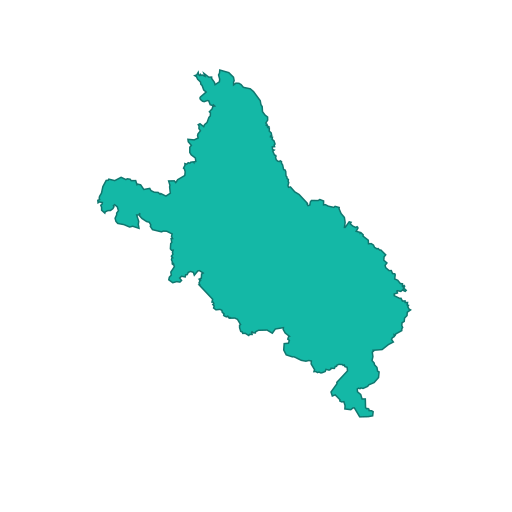 Tzitzio, Michoacán, Mexico, rotated 338°
{"feature_id": "50627088B47865938217160", "entity_name": "Tzitzio", "entity_type": "district", "adm_level": 2, "iso_a3": "MEX", "parent_name": "Mexico", "parent_adm1": "Michoacán", "projection": "natural_earth1", "projection_center": [-100.936, 19.426], "detail": "fine", "context": "isolated", "style": "filled", "palette": "teal", "viewbox_px": 512, "rotation_deg": 338, "n_neighbors": 0, "source": "geoboundaries", "source_scale": "gbopen_adm2", "svg_char_len": 6113}
<svg xmlns="http://www.w3.org/2000/svg" viewBox="0 0 512 512"><g transform="rotate(338 256 256)"><path d="M379.1,363.9L378.0,362.5L377.7,359.9L378.9,358.9L377.8,358.0L379.1,355.9L376.9,355.0L377.4,353.5L374.9,352.6L374.6,349.5L373.4,349.2L369.3,344.6L369.9,343.0L373.3,343.3L373.5,341.3L374.2,341.2L377.0,343.1L379.0,342.4L381.1,344.7L382.4,344.1L381.3,341.9L380.3,341.8L382.5,339.7L382.2,338.8L380.7,339.5L380.4,338.9L381.4,336.6L379.5,335.6L378.3,331.6L376.0,329.2L378.0,325.6L378.0,324.5L376.0,323.4L376.0,320.2L373.9,319.4L371.9,315.4L372.2,313.0L374.8,311.5L372.9,307.8L374.4,304.8L376.7,303.5L374.0,297.2L372.9,296.9L372.0,294.8L370.9,294.7L369.1,292.4L369.0,289.9L367.5,287.7L364.9,286.8L366.0,283.4L362.7,277.7L363.3,276.5L362.1,273.8L361.2,273.9L361.5,273.2L358.1,270.6L361.0,268.3L361.0,267.4L360.7,266.7L359.2,266.9L357.0,264.6L355.4,261.5L356.8,260.4L355.2,259.2L349.4,262.9L348.7,262.6L351.2,258.3L352.4,253.3L350.8,248.5L350.7,243.3L351.3,242.2L347.9,239.6L346.4,240.1L341.6,236.8L339.6,234.4L337.8,233.9L339.3,230.3L336.3,227.5L334.5,227.9L328.2,225.3L326.7,226.2L325.0,228.9L323.1,228.8L322.8,226.9L323.4,226.5L319.0,215.1L316.0,211.1L313.8,204.9L311.9,204.5L312.0,202.7L313.9,200.1L313.7,198.9L314.7,197.2L313.8,195.8L314.3,194.3L313.8,193.0L315.2,188.9L315.2,187.2L314.0,186.2L314.8,181.5L314.4,179.4L315.0,178.0L314.1,176.8L313.2,177.2L311.7,176.3L310.8,174.3L311.1,171.8L312.0,170.9L311.9,170.0L311.0,169.5L310.8,165.1L312.5,164.6L311.2,163.5L312.0,160.9L314.2,161.6L314.4,159.9L315.6,159.3L315.8,155.8L314.6,153.9L315.8,152.0L314.0,150.9L314.5,150.1L315.7,150.2L316.2,147.6L315.1,145.2L316.3,142.3L315.2,141.4L316.3,140.9L314.8,139.1L315.4,139.1L315.5,137.9L315.0,137.6L315.0,136.3L317.7,134.4L318.8,131.5L317.2,128.8L316.1,124.6L317.7,119.8L317.3,117.4L318.1,113.6L315.3,102.6L313.3,98.8L307.5,94.9L306.4,91.5L304.9,89.5L302.1,88.2L299.3,89.0L300.4,86.2L301.4,85.3L302.1,81.8L299.5,75.8L292.1,70.0L290.7,72.7L289.1,74.1L288.6,78.4L287.3,80.8L282.2,81.8L282.5,79.5L281.4,74.8L281.9,73.5L279.2,72.5L276.1,67.1L276.0,70.2L273.9,68.0L272.7,68.0L272.5,66.8L271.3,67.5L270.7,66.4L271.2,64.1L268.9,65.9L266.8,65.8L268.0,67.5L268.1,70.2L269.7,73.8L269.2,76.3L269.9,77.6L269.7,82.5L271.2,85.3L264.1,87.7L263.2,88.5L263.1,90.0L264.4,92.5L265.8,93.5L269.0,93.6L270.3,94.4L270.2,98.6L272.4,100.4L273.1,99.9L273.9,101.5L271.9,101.2L270.5,103.1L266.8,104.8L267.4,106.2L266.1,109.0L264.3,109.8L260.6,113.9L257.5,114.9L256.0,116.5L253.6,112.4L251.6,112.6L251.9,114.1L250.8,116.5L251.4,119.1L248.0,121.0L246.9,122.5L246.6,124.9L242.2,125.2L236.6,122.3L236.0,124.7L237.5,129.2L235.4,130.3L233.4,135.2L233.8,137.9L236.5,142.4L235.6,145.8L233.6,145.5L233.4,146.0L233.1,145.2L230.6,144.6L229.4,145.2L228.1,144.1L226.1,144.9L224.7,143.7L224.2,145.2L221.7,147.4L222.2,148.5L221.9,151.4L220.1,154.7L212.0,155.9L209.1,157.9L208.4,155.7L203.1,153.7L202.7,158.2L201.8,159.5L200.1,165.7L194.9,166.7L191.1,162.4L190.3,162.8L189.1,160.4L185.6,158.8L183.1,156.0L182.8,153.5L176.9,152.3L175.7,146.8L173.2,145.0L172.4,145.3L172.7,141.0L168.5,139.4L168.1,137.7L165.6,136.2L164.0,136.4L160.4,132.5L153.3,133.2L148.3,129.6L147.4,130.4L145.4,129.8L140.0,134.3L136.3,139.8L133.3,142.1L132.3,143.6L132.2,145.1L130.2,145.1L129.5,147.5L131.1,147.2L133.6,148.9L132.8,150.2L131.1,150.8L131.1,153.0L130.0,155.7L131.9,159.6L132.7,158.6L135.6,158.4L138.1,159.3L141.0,158.5L142.8,157.1L142.6,156.0L144.1,155.4L145.8,158.4L145.4,162.5L142.9,164.0L142.2,165.7L139.5,168.2L139.1,171.4L140.0,174.0L145.3,177.4L149.7,181.8L152.8,182.2L157.9,186.5L158.7,182.6L160.2,180.0L160.7,173.3L162.7,174.0L164.3,172.7L163.1,175.2L164.3,178.5L167.5,183.1L169.7,184.7L170.1,187.8L169.1,188.9L169.9,192.8L177.4,198.2L179.4,198.2L182.5,199.6L186.5,204.1L185.0,206.2L185.2,208.6L183.8,208.1L183.0,211.9L181.6,212.5L179.3,217.3L179.9,219.2L181.3,219.6L179.8,221.5L179.7,223.2L177.5,224.5L178.0,226.2L177.5,226.0L176.2,227.8L176.3,229.7L175.4,232.0L175.8,232.7L176.6,232.3L176.2,235.4L171.0,239.0L170.3,242.0L167.7,243.2L166.2,245.4L168.8,249.6L172.8,250.0L175.7,251.7L177.8,250.8L176.9,247.8L179.4,246.9L182.5,248.9L183.7,247.1L185.2,247.5L187.1,245.8L189.6,245.8L191.8,247.7L191.6,250.7L196.6,248.0L198.1,248.4L200.6,252.0L198.8,252.3L197.0,256.1L195.7,256.0L195.6,257.3L194.6,256.6L194.8,258.0L193.1,259.6L193.1,261.5L192.4,261.4L199.6,279.9L197.9,282.2L199.1,282.9L199.0,284.5L197.8,284.8L198.5,286.7L197.2,288.3L198.7,290.9L202.6,292.0L204.0,293.6L203.6,295.6L204.7,297.7L203.8,298.8L204.0,299.5L205.7,301.3L207.3,301.2L207.4,302.5L208.9,303.4L208.3,303.8L213.1,305.6L215.1,307.8L216.0,313.8L214.8,314.1L213.9,316.4L213.6,320.2L214.8,321.4L214.7,322.8L217.1,323.7L219.5,327.0L220.6,326.3L223.0,327.3L223.3,325.0L224.0,324.8L224.8,326.2L226.6,327.1L227.2,326.1L230.5,325.8L238.5,328.8L242.2,333.7L246.6,330.9L254.6,332.7L253.7,334.3L254.2,338.3L256.9,343.0L256.0,343.0L254.3,345.0L255.3,346.8L253.4,349.0L249.3,347.8L246.5,353.5L247.0,359.0L251.9,363.1L253.5,363.7L258.9,369.7L262.8,372.2L265.9,372.7L268.0,374.1L266.7,376.7L267.7,383.3L266.4,384.9L268.4,385.7L269.3,387.1L270.9,387.2L272.3,388.7L273.6,389.0L276.9,389.0L278.4,387.3L281.0,389.2L282.8,389.1L283.5,388.2L286.6,389.6L288.1,388.1L289.3,388.5L290.3,387.5L292.3,387.5L295.5,389.0L295.8,390.1L297.0,390.1L297.0,391.9L298.8,393.3L297.8,396.8L283.6,403.4L283.3,404.7L274.6,410.2L274.3,414.4L277.4,414.4L280.0,420.7L279.4,421.8L280.8,423.4L282.9,424.0L282.5,428.2L281.1,431.1L286.3,434.0L289.1,433.2L290.3,433.7L291.9,444.0L299.9,447.0L304.3,447.9L306.3,444.2L305.2,442.8L302.9,441.7L303.3,440.4L302.6,439.3L301.4,439.1L300.8,437.6L303.8,429.5L300.8,428.3L301.2,423.6L299.2,419.9L300.1,417.2L301.5,416.9L302.7,418.0L303.9,417.6L305.6,418.9L310.7,418.7L312.3,417.7L318.1,417.6L324.1,414.6L326.7,409.6L325.6,408.3L326.4,404.6L325.1,401.2L325.5,399.6L324.4,396.4L326.7,393.1L327.8,388.7L329.4,388.2L329.3,387.3L337.9,390.0L345.7,387.7L351.1,387.2L350.4,384.2L351.7,382.9L354.0,382.5L354.6,380.7L355.3,381.7L356.5,380.6L363.2,379.8L364.0,378.0L365.2,377.2L365.1,375.1L366.4,372.6L368.9,372.2L370.5,369.2L373.7,367.8L375.2,364.8L379.1,363.9Z" fill="#14b8a6" stroke="#0f766e" stroke-width="1.5"/></g></svg>